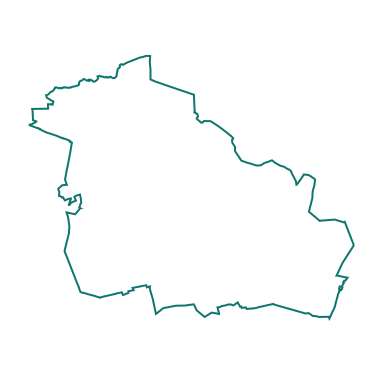 outline of Katvaru pag., Limbaži, Latvia, rotated 84°
{"feature_id": "27541924B50356966028149", "entity_name": "Katvaru pag.", "entity_type": "district", "adm_level": 2, "iso_a3": "LVA", "parent_name": "Latvia", "parent_adm1": "Limbaži", "projection": "mercator", "projection_center": [24.779, 57.591], "detail": "fine", "context": "isolated", "style": "outline", "palette": "teal", "viewbox_px": 384, "rotation_deg": 84, "n_neighbors": 0, "source": "geoboundaries", "source_scale": "gbopen_adm2", "svg_char_len": 5710}
<svg xmlns="http://www.w3.org/2000/svg" viewBox="0 0 384 384"><g transform="rotate(84 192 192)"><path d="M174.9,101.7L171.5,106.5L169.2,108.7L168.9,109.1L168.9,109.6L169.9,112.9L170.7,117.0L172.5,120.4L172.7,120.6L172.5,121.4L172.6,122.6L172.4,125.1L172.2,125.7L170.8,128.7L168.5,134.3L166.0,139.6L156.7,144.5L156.0,144.8L155.3,144.9L154.0,144.8L152.2,144.4L151.6,144.6L149.2,145.7L147.6,146.6L146.9,146.8L144.2,146.7L143.3,145.5L142.7,145.4L140.3,147.4L132.8,155.1L128.3,160.1L123.5,166.1L122.7,172.5L122.8,172.8L123.9,174.2L124.0,174.4L124.0,175.6L120.0,179.4L119.7,179.6L119.0,179.6L118.6,179.4L118.1,178.6L117.7,178.2L116.7,178.1L115.6,178.3L115.0,178.6L114.9,178.7L115.0,178.9L114.9,179.0L114.3,179.4L114.2,179.5L114.2,179.9L114.1,180.3L113.5,180.6L113.4,180.5L112.9,180.7L112.8,180.9L112.8,181.3L110.9,180.7L109.4,180.8L95.5,179.9L83.1,206.7L77.9,217.7L75.7,221.5L66.2,220.5L58.3,220.4L52.4,219.4L52.3,220.0L52.1,221.0L52.0,222.4L51.8,223.3L51.9,224.1L52.1,224.3L52.3,225.1L52.3,225.8L52.5,226.1L52.6,226.6L52.6,227.7L53.0,230.5L53.8,233.2L56.2,242.0L56.9,244.1L58.3,247.3L57.7,248.0L57.9,248.3L57.9,248.6L57.6,249.4L57.7,249.6L58.1,250.4L58.7,250.7L59.2,250.5L59.3,250.5L59.6,250.8L60.1,250.7L60.6,251.0L61.1,251.4L61.2,251.9L61.6,252.7L62.0,253.0L63.3,253.4L63.6,253.4L63.8,253.4L64.0,253.7L64.9,254.1L65.5,254.1L66.5,254.4L67.3,254.5L67.9,254.8L68.5,254.8L68.8,254.9L69.3,255.3L69.6,255.8L70.1,256.3L70.5,256.9L70.6,257.1L70.6,257.3L70.4,257.9L70.5,258.7L69.7,259.9L69.4,260.4L68.9,260.8L68.8,261.0L68.8,261.4L69.2,261.7L69.2,261.8L69.1,262.1L69.1,262.3L69.4,262.6L69.4,262.8L69.3,263.3L69.2,264.1L69.3,264.3L69.3,264.5L68.8,264.7L68.7,264.9L68.8,265.0L68.9,265.4L68.7,266.1L68.8,266.4L68.8,266.9L68.4,268.0L68.0,268.6L67.8,268.9L67.7,269.4L67.7,270.2L67.6,270.7L67.5,270.9L66.8,271.6L66.7,271.8L66.8,272.1L67.1,273.3L67.2,273.8L67.4,273.7L67.8,273.8L68.3,273.4L69.0,273.5L69.7,273.8L70.5,274.7L71.6,276.3L71.9,277.0L72.0,278.5L71.8,278.8L71.3,279.1L70.9,279.3L70.6,279.8L70.4,280.0L70.0,280.9L69.7,281.2L69.8,281.6L70.6,282.1L70.7,282.5L70.4,282.5L70.2,282.7L69.5,283.0L69.7,283.5L70.4,283.9L70.3,284.9L70.2,285.2L69.4,286.0L68.6,287.0L68.4,287.5L68.4,288.0L68.6,288.6L69.3,289.2L69.5,289.5L69.7,290.0L69.7,291.0L69.9,291.6L70.5,292.1L70.9,292.6L72.1,293.1L72.5,293.0L72.9,293.0L73.1,293.2L73.3,293.1L73.6,293.4L74.1,294.0L74.6,296.9L75.0,301.0L75.3,301.3L75.5,301.7L75.3,302.9L75.3,303.2L75.6,303.7L75.3,305.0L75.2,305.6L74.8,306.2L74.6,306.8L74.6,307.2L74.9,307.5L74.6,308.3L74.7,308.7L74.8,309.0L74.6,309.2L74.7,309.3L74.8,310.1L75.3,310.5L75.1,310.9L75.1,311.1L74.9,311.3L74.8,311.7L74.8,311.8L75.1,312.1L75.0,312.3L74.9,312.6L74.7,312.6L74.6,312.9L74.8,313.3L74.8,313.5L74.7,314.2L74.5,314.5L74.4,314.8L74.0,315.4L73.8,316.3L73.8,316.6L73.8,317.3L74.7,317.5L74.9,317.7L75.1,318.2L75.9,318.7L76.4,319.0L76.9,319.7L77.0,320.0L77.3,320.4L77.5,320.8L77.5,321.3L77.5,321.7L78.6,323.3L79.7,324.3L80.0,324.9L80.2,325.6L80.5,326.1L80.5,327.0L83.1,326.5L86.3,322.2L87.4,320.4L90.6,321.5L90.1,323.6L89.9,323.4L89.7,326.1L94.1,326.4L92.7,342.3L94.6,342.1L104.0,342.6L105.1,340.2L105.6,339.4L105.9,339.6L107.2,342.9L107.8,343.9L108.0,345.3L108.0,347.2L108.7,345.7L109.0,345.8L112.4,338.9L112.2,338.8L113.3,336.8L113.6,337.0L117.5,330.7L121.5,321.7L123.3,318.2L123.5,318.2L124.2,316.6L124.9,315.4L124.6,315.4L125.0,314.4L125.6,313.3L126.8,310.9L128.0,308.6L128.2,308.8L128.9,307.7L129.5,308.0L130.4,306.3L136.4,308.0L138.4,308.5L150.1,312.0L151.5,312.5L154.1,313.2L156.2,314.0L159.7,315.0L165.5,316.7L165.8,316.9L167.8,316.7L171.8,315.7L171.7,320.4L174.7,324.6L176.0,324.6L177.5,324.1L178.8,324.0L182.0,324.7L183.2,322.1L184.1,321.7L183.9,320.7L186.0,319.9L187.1,319.2L186.4,317.3L185.9,315.4L185.8,314.8L185.9,313.9L185.8,313.1L186.1,313.1L190.3,315.2L191.9,315.8L191.9,314.7L190.2,313.9L188.4,308.3L184.6,309.5L183.8,308.3L183.5,307.6L183.1,304.6L182.8,303.7L187.5,303.2L191.1,303.3L192.5,304.3L195.7,305.7L196.4,304.7L196.4,304.8L201.9,310.5L199.2,318.9L203.5,318.0L206.9,317.7L209.4,317.7L213.1,317.5L220.1,318.7L236.6,324.7L237.9,324.9L242.9,323.4L270.3,315.9L275.1,314.4L276.4,314.3L279.9,313.3L280.8,311.3L280.7,311.2L282.0,307.7L282.5,306.8L285.5,298.9L285.7,298.7L286.0,297.9L287.3,294.9L287.5,294.8L287.0,292.6L286.3,287.1L285.3,278.5L285.1,278.3L284.4,272.3L287.3,271.4L285.7,265.8L284.1,265.7L283.5,260.3L281.2,261.1L279.9,247.2L282.1,246.9L281.7,245.0L281.6,243.6L283.0,244.1L286.8,243.6L294.2,242.2L309.5,240.6L309.4,240.4L304.6,232.9L304.5,232.6L303.4,220.1L304.2,210.6L304.0,206.4L303.9,201.9L310.2,199.7L317.6,192.5L314.0,185.0L316.1,177.9L314.7,177.9L311.9,178.4L309.4,178.7L309.4,176.0L308.6,174.7L308.3,170.6L307.7,168.1L307.9,165.1L308.9,163.3L309.1,162.6L306.6,158.1L311.1,156.1L311.1,155.0L312.4,154.7L312.4,150.5L314.0,149.9L314.2,142.2L313.8,138.8L313.6,138.5L311.8,122.9L312.2,122.8L313.1,120.6L313.5,119.7L321.9,98.7L324.6,92.1L324.7,91.2L324.6,88.8L326.0,86.8L327.8,85.1L328.3,82.7L328.5,81.3L329.5,78.9L330.4,69.1L332.2,68.6L327.3,65.7L322.1,62.5L320.3,61.6L318.8,61.2L311.1,58.2L308.9,57.5L307.5,56.5L306.2,56.2L305.3,54.3L304.1,52.9L303.9,53.0L304.6,54.5L305.1,55.6L303.9,55.9L301.3,55.0L301.8,53.5L302.1,52.4L300.8,52.4L298.2,50.4L297.7,51.1L296.2,50.0L296.1,49.6L296.2,48.8L293.5,46.3L290.2,56.7L290.2,56.9L278.1,49.6L262.8,37.3L262.4,37.0L261.9,36.9L261.2,36.8L237.6,43.2L237.7,43.6L238.2,43.8L234.3,53.1L234.1,63.2L233.9,67.3L234.2,67.8L223.8,77.8L210.9,73.0L204.3,72.0L200.6,70.6L198.5,69.7L192.5,68.3L192.0,68.5L187.9,73.4L187.2,74.4L186.7,77.2L186.2,78.8L191.9,83.6L195.6,87.0L195.7,87.4L192.1,87.6L191.6,87.7L183.7,90.9L181.8,91.2L180.0,92.8L179.8,93.2L178.4,95.6L176.8,97.3L176.6,97.6L175.4,100.8L174.9,101.7Z" fill="none" stroke="#0f766e" stroke-width="2"/></g></svg>